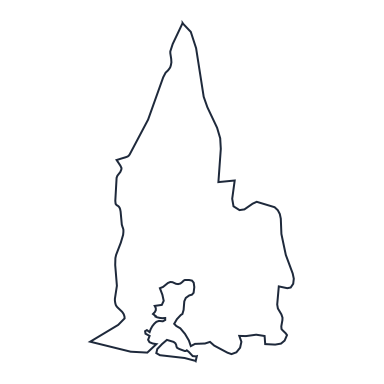 SVG path tracing the border of Sud-Comoé
{"feature_id": "CIV-3462", "entity_name": "Sud-Comoé", "entity_type": "Region", "adm_level": 1, "iso_a3": "CIV", "parent_name": "Ivory Coast", "parent_adm1": "", "projection": "natural_earth1", "projection_center": [-3.177, 5.67], "detail": "fine", "context": "isolated", "style": "outline", "palette": "slate", "viewbox_px": 384, "rotation_deg": 0, "n_neighbors": 0, "source": "natural_earth", "source_scale": "10m", "svg_char_len": 2509}
<svg xmlns="http://www.w3.org/2000/svg" viewBox="0 0 384 384"><path d="M182.6,23.0L183.4,24.1L190.8,31.9L196.1,48.2L203.7,96.8L207.4,107.3L217.1,127.8L220.2,138.3L220.8,148.9L218.4,182.1L234.7,180.5L232.2,198.8L233.5,206.3L239.5,210.1L244.4,209.4L252.6,203.7L256.7,201.8L274.6,207.2L277.8,210.2L279.8,214.0L280.8,218.7L281.4,234.0L285.8,254.9L292.7,273.5L293.8,278.7L293.2,283.8L290.7,287.5L287.3,288.2L278.8,286.4L277.2,304.5L277.9,308.5L281.4,314.4L282.5,317.7L282.4,320.2L281.3,326.3L281.5,329.0L282.3,330.0L285.7,333.3L287.0,335.1L284.6,340.6L281.0,343.6L275.2,344.6L265.2,344.1L264.6,336.0L256.2,334.7L245.9,336.1L239.3,335.9L241.4,341.8L240.1,347.7L236.4,352.3L231.5,354.1L227.5,352.7L214.2,345.6L210.0,341.9L205.0,343.5L195.0,343.9L190.8,346.1L188.9,340.5L185.0,333.9L180.3,328.3L176.3,326.0L174.2,323.8L176.9,319.2L180.8,315.0L182.4,314.0L183.6,309.9L184.3,301.3L185.8,297.9L189.3,295.4L191.9,294.7L193.6,292.8L194.3,287.1L193.7,282.7L192.0,280.6L189.1,280.0L184.9,280.0L183.7,280.6L182.2,282.1L180.4,283.5L178.1,284.1L176.0,283.8L172.5,282.2L170.3,282.0L167.9,283.0L163.1,286.9L159.9,288.2L162.4,294.8L163.7,300.8L161.8,304.9L154.7,305.9L155.8,308.1L155.8,310.2L154.8,312.1L153.0,314.0L155.3,315.8L156.4,316.2L154.7,316.2L157.1,317.3L159.7,317.9L162.4,318.2L165.2,318.0L165.2,320.0L162.8,321.3L159.0,320.9L156.4,321.8L154.3,323.7L152.3,326.2L150.7,329.1L149.6,332.1L146.9,330.1L145.1,331.2L145.5,333.7L149.6,335.9L148.1,339.8L149.5,342.2L152.7,343.5L156.4,344.1L147.3,352.6L130.7,351.7L90.2,341.7L118.2,324.9L124.6,318.4L124.5,316.7L124.1,315.3L123.6,314.0L122.9,312.9L122.1,311.8L117.3,307.2L116.5,306.2L115.8,305.0L115.4,303.6L115.1,302.1L114.9,300.5L114.9,298.8L116.9,285.8L115.2,265.0L115.4,258.1L116.1,254.9L120.8,242.7L123.1,234.9L123.4,232.0L123.4,229.7L123.0,228.2L122.5,226.9L121.8,224.6L120.6,211.6L120.1,209.1L119.6,207.8L118.8,206.6L117.8,205.8L116.6,205.1L115.6,203.8L115.3,200.8L116.6,177.8L117.4,175.7L120.3,172.0L121.3,169.6L121.5,168.1L120.4,165.7L116.6,160.0L126.7,156.9L128.0,156.3L128.9,155.5L129.7,154.4L148.1,119.6L163.2,77.3L165.6,72.7L168.0,70.4L169.6,68.3L170.3,67.1L170.9,65.1L171.4,62.4L171.2,59.0L170.3,53.1L170.3,51.4L172.7,44.0L182.6,23.1L182.6,23.0ZM196.8,356.2L195.7,361.0L195.6,360.9L184.6,358.0L159.9,355.2L156.3,353.1L157.3,349.0L162.1,344.0L166.9,339.9L173.6,341.9L175.4,343.3L176.2,345.0L176.5,346.7L177.2,347.9L179.3,349.0L184.7,351.0L185.8,351.0L186.8,350.3L189.0,352.1L192.7,356.1L196.1,356.4L196.8,356.2Z" fill="none" stroke="#1e293b" stroke-width="2"/></svg>